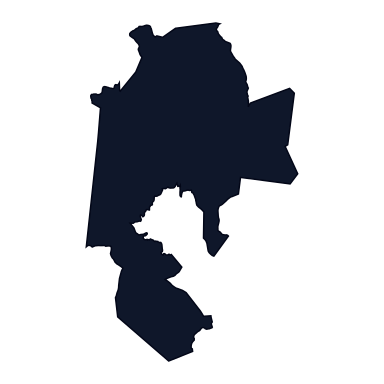 San Miguel Panixtlahuaca, Oaxaca, Mexico
{"feature_id": "50627088B1667917270930", "entity_name": "San Miguel Panixtlahuaca", "entity_type": "district", "adm_level": 2, "iso_a3": "MEX", "parent_name": "Mexico", "parent_adm1": "Oaxaca", "projection": "equal_earth", "projection_center": [-97.405, 16.226], "detail": "fine", "context": "isolated", "style": "filled", "palette": "ink", "viewbox_px": 384, "rotation_deg": 0, "n_neighbors": 0, "source": "geoboundaries", "source_scale": "gbopen_adm2", "svg_char_len": 5949}
<svg xmlns="http://www.w3.org/2000/svg" viewBox="0 0 384 384"><path d="M287.7,144.8L294.3,93.2L289.6,88.4L250.3,103.1L249.6,104.5L248.8,105.7L248.3,106.9L248.4,104.5L248.3,102.6L248.4,101.1L247.6,96.8L248.1,96.2L247.8,95.3L247.3,94.7L247.3,93.9L247.1,93.1L246.9,92.2L247.0,91.4L247.7,89.5L248.1,88.8L248.3,88.0L247.9,87.4L247.1,84.5L246.0,82.6L245.6,81.4L246.0,80.6L246.3,79.1L246.3,77.8L246.1,76.2L245.0,72.9L244.4,71.4L243.7,69.8L242.9,68.4L242.1,66.3L239.8,63.2L236.2,60.0L235.3,59.3L234.5,57.9L233.2,56.2L231.9,53.8L230.8,52.0L230.4,50.5L230.9,46.8L230.9,45.2L230.4,43.8L230.0,43.3L227.5,42.3L225.8,41.7L224.7,41.0L224.1,40.3L223.3,39.9L222.4,39.1L221.7,37.4L220.7,36.7L218.7,34.3L218.1,33.2L217.9,32.1L217.6,31.5L217.1,31.1L216.7,30.4L216.3,29.4L216.3,29.0L216.8,28.2L217.7,26.9L218.5,24.8L218.7,24.4L219.8,23.8L215.9,23.0L175.5,28.3L162.7,37.3L156.8,35.9L155.1,37.0L153.2,35.3L152.4,33.2L151.2,28.6L150.8,28.1L150.5,26.9L150.1,26.3L149.6,25.9L148.6,25.5L147.5,25.3L146.5,25.2L145.3,25.5L144.1,25.9L143.5,26.2L141.9,26.5L139.9,26.4L139.1,26.5L138.2,27.9L137.1,28.3L136.0,28.8L135.2,29.6L133.7,30.7L133.1,30.7L132.5,31.1L130.9,32.2L129.8,33.5L129.7,34.7L129.9,35.7L131.3,36.8L132.7,37.8L134.4,38.9L134.7,39.5L135.7,41.0L137.2,42.7L137.8,43.2L138.7,44.4L139.3,45.8L139.3,47.2L138.6,48.2L138.3,49.3L138.5,50.3L139.1,51.7L140.1,54.6L141.2,56.3L141.9,57.0L141.8,57.8L135.8,72.0L120.2,91.2L119.6,90.5L119.4,85.2L119.3,82.8L118.7,83.9L117.9,84.7L117.3,85.0L116.2,84.7L115.4,84.7L114.8,85.4L114.4,86.5L114.2,87.8L113.7,88.4L113.0,88.6L111.6,88.4L110.9,88.1L110.1,88.3L109.3,87.9L107.8,87.3L107.0,87.3L106.6,87.0L105.3,86.7L104.2,86.6L103.2,87.2L102.8,88.1L102.5,89.0L102.4,90.4L102.2,91.6L102.2,92.2L101.7,93.0L100.6,93.9L99.7,94.4L98.3,94.7L96.9,94.6L96.5,94.2L95.7,94.0L95.2,94.2L94.0,94.0L92.9,94.4L91.5,94.5L90.8,95.6L90.8,96.7L91.0,97.9L91.2,98.6L91.7,99.1L91.8,100.6L92.2,101.6L92.1,103.0L100.5,107.8L98.5,132.7L97.7,141.6L86.3,246.8L87.6,245.7L88.4,245.4L89.6,245.4L90.8,245.7L91.5,246.5L92.3,247.0L95.1,245.8L98.4,245.5L100.6,245.6L104.7,245.5L105.6,246.2L107.5,246.0L108.9,245.9L110.7,246.2L111.4,247.7L111.3,250.0L110.9,251.9L110.5,253.6L111.1,255.6L112.3,257.9L113.5,259.1L114.3,260.6L115.1,262.2L117.0,264.0L118.3,264.7L121.1,266.6L122.7,267.9L122.8,268.6L122.0,269.9L121.4,271.4L119.5,278.4L118.7,285.4L118.6,287.6L118.3,289.4L117.9,290.7L117.1,292.7L116.2,296.2L115.6,297.3L115.5,297.7L117.7,316.9L168.7,361.0L192.6,351.4L192.3,348.9L192.0,348.6L191.5,348.5L191.2,347.9L191.1,346.6L191.3,344.8L191.9,342.9L192.8,341.6L194.2,340.1L194.2,338.3L193.8,337.9L193.5,337.0L193.7,336.4L194.2,334.8L197.4,331.9L198.7,331.0L199.1,330.9L199.8,330.4L200.1,329.9L201.4,328.2L202.3,327.6L203.6,327.6L204.6,328.0L205.2,328.7L206.6,329.2L209.1,328.7L209.6,328.7L210.3,328.3L211.9,327.8L212.3,327.2L211.4,324.3L211.3,323.5L211.5,323.0L212.1,322.3L212.2,321.8L211.1,317.4L210.9,315.8L203.6,316.3L200.5,311.2L186.1,292.6L182.5,290.4L178.5,288.9L175.8,288.0L173.6,286.5L172.0,285.3L170.3,283.3L168.7,282.0L167.4,281.0L165.1,279.4L167.4,278.2L171.0,276.8L173.5,276.2L175.0,275.3L176.3,273.8L178.6,272.2L179.3,271.4L181.8,267.1L171.3,254.5L170.2,255.0L169.6,254.7L169.0,254.2L168.6,254.6L167.7,254.9L166.9,255.1L166.1,254.9L164.7,253.7L164.0,253.6L163.5,253.8L163.2,254.5L163.2,254.9L162.7,254.8L161.9,254.4L161.5,253.9L161.1,253.0L160.9,252.4L161.4,252.2L161.9,251.9L162.3,251.5L162.5,250.7L162.5,249.9L162.3,249.1L162.1,247.1L161.9,244.8L161.7,244.0L161.3,243.1L160.7,242.4L159.7,242.5L158.9,242.3L158.1,241.9L157.8,241.4L157.0,241.4L155.4,241.1L154.9,241.6L154.5,241.5L153.5,240.3L150.3,239.0L149.5,239.9L148.8,239.8L148.2,239.6L147.8,239.6L147.3,240.0L147.0,239.4L145.4,239.8L144.6,239.6L143.9,238.9L143.6,239.0L143.2,238.1L143.3,236.0L143.6,235.9L144.8,235.9L145.4,235.7L145.9,235.4L146.6,234.7L147.2,234.0L147.2,233.2L146.6,232.8L145.8,233.0L144.0,234.0L143.1,234.3L142.0,234.4L140.9,234.5L138.9,235.0L137.1,233.6L136.4,233.3L135.8,232.6L135.3,231.7L133.9,227.9L130.1,223.2L133.4,223.2L134.8,222.0L137.4,221.7L139.4,221.0L140.0,221.2L140.3,221.3L140.8,221.0L141.3,219.7L140.8,218.0L140.5,217.5L140.2,216.3L140.5,214.9L140.7,214.7L141.8,215.5L142.7,216.7L143.0,216.7L143.7,216.2L144.2,215.6L144.4,214.6L144.4,212.8L144.8,212.0L145.1,211.9L145.7,211.1L146.0,210.6L146.2,209.9L146.4,209.6L147.2,209.5L148.2,209.8L149.4,210.0L149.5,209.0L149.4,208.3L149.6,207.0L150.2,206.2L150.6,205.6L150.9,205.1L151.5,205.2L152.3,204.8L152.4,204.2L152.2,203.1L152.3,202.6L153.1,201.5L153.6,201.1L153.9,200.6L154.1,199.6L154.2,197.4L154.4,196.7L154.8,196.1L155.3,196.2L155.9,196.3L157.4,196.0L158.8,195.0L159.6,195.0L160.8,193.9L162.6,189.9L162.2,188.7L163.3,188.5L163.9,188.5L165.5,188.7L167.9,187.1L169.1,187.9L171.0,188.1L171.8,187.9L173.0,188.0L174.1,187.6L174.5,187.2L175.3,186.2L175.7,185.2L176.9,183.2L177.8,186.3L178.8,186.0L179.2,186.5L179.7,186.3L180.1,185.8L180.3,185.4L180.4,186.8L180.0,188.1L180.2,189.7L180.0,192.1L180.0,194.7L180.1,195.7L180.8,196.7L181.3,196.8L181.4,196.4L181.4,195.4L182.0,192.7L182.6,191.6L183.0,191.0L183.5,190.8L184.0,191.1L184.7,190.8L185.4,190.8L186.4,190.4L187.9,190.1L188.5,190.2L189.2,190.4L189.9,190.5L190.3,190.3L191.1,190.1L191.5,190.3L191.7,191.9L191.9,192.5L192.8,192.8L194.2,195.2L194.8,197.0L195.7,199.4L195.8,200.6L196.2,202.3L196.4,203.6L196.8,205.1L198.5,207.0L201.1,209.0L202.7,210.6L203.6,211.7L203.9,211.9L203.5,238.1L205.1,239.7L206.0,241.0L206.9,243.2L208.2,251.0L208.7,251.9L209.2,252.7L210.7,254.2L212.4,255.6L213.1,255.6L213.4,256.0L213.9,256.1L228.4,236.1L227.9,235.5L226.8,234.9L225.7,235.0L224.4,234.9L222.2,234.5L220.2,232.1L219.1,231.4L218.5,231.2L217.9,230.3L217.9,228.9L217.8,226.8L218.1,225.2L218.7,222.9L219.1,220.9L219.0,219.2L218.5,217.9L218.2,215.6L217.9,210.7L218.1,208.9L218.8,206.8L219.4,205.8L220.7,205.3L222.3,204.3L226.3,200.7L227.5,199.4L230.6,197.0L232.0,196.6L238.4,194.0L240.5,177.4L290.1,183.9L297.7,173.8L285.1,146.4L287.7,144.8Z" fill="#0f172a" stroke="#020617" stroke-width="1.5"/></svg>